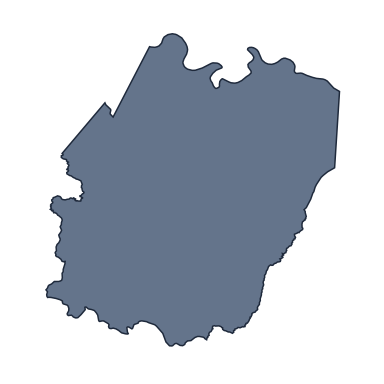 the district of Obando, Valle del Cauca, Colombia, rotated 96°
{"feature_id": "7082276B70785210683383", "entity_name": "Obando", "entity_type": "district", "adm_level": 2, "iso_a3": "COL", "parent_name": "Colombia", "parent_adm1": "Valle del Cauca", "projection": "natural_earth1", "projection_center": [-75.925, 4.598], "detail": "fine", "context": "isolated", "style": "filled", "palette": "slate", "viewbox_px": 384, "rotation_deg": 96, "n_neighbors": 0, "source": "geoboundaries", "source_scale": "gbopen_adm2", "svg_char_len": 5987}
<svg xmlns="http://www.w3.org/2000/svg" viewBox="0 0 384 384"><g transform="rotate(96 192 192)"><path d="M334.4,237.5L334.0,236.9L330.2,235.9L329.7,235.5L328.1,231.9L327.1,231.7L326.1,230.7L325.4,228.6L325.7,223.6L326.5,221.4L327.9,215.2L329.1,213.3L335.6,206.3L343.9,202.2L347.3,198.3L347.2,195.9L346.8,195.1L344.8,193.4L344.2,192.0L344.4,190.9L345.8,187.8L345.8,185.2L344.4,183.3L342.7,182.9L340.6,180.9L339.9,177.5L336.4,173.9L335.1,171.4L334.9,169.4L335.2,165.7L335.6,164.7L336.5,163.9L337.4,162.0L335.5,161.8L335.0,161.1L334.0,161.3L332.8,160.0L331.3,160.5L329.7,159.9L328.8,158.5L327.0,157.7L326.2,157.7L325.8,156.9L324.9,157.5L323.8,157.5L323.3,157.3L322.8,156.3L322.6,155.7L322.9,154.7L322.3,151.2L322.9,149.0L323.8,148.0L323.8,147.4L325.4,147.1L326.4,145.5L326.5,143.9L327.4,141.4L327.3,139.8L328.3,137.0L327.0,135.8L325.8,136.2L325.3,135.9L325.0,135.0L323.8,135.0L323.1,133.2L321.9,132.1L322.0,129.9L320.6,127.5L320.8,126.9L320.3,125.2L319.8,125.2L319.1,125.6L318.2,124.6L317.3,124.7L316.8,124.3L316.6,123.2L314.1,121.9L312.4,121.5L311.4,120.9L310.9,121.2L310.3,121.1L310.1,120.3L307.7,119.5L307.2,119.8L306.6,119.7L305.5,118.4L304.9,116.7L303.4,115.8L302.4,114.7L301.7,114.4L300.5,114.9L299.0,114.6L296.8,113.2L295.0,113.4L292.8,112.7L291.1,113.0L287.2,112.2L285.2,112.4L284.1,111.9L282.6,112.2L281.5,112.0L280.9,111.5L279.9,111.9L276.9,111.0L274.6,111.8L272.8,111.6L272.0,111.0L271.0,111.3L269.4,110.8L267.3,111.1L265.7,110.1L262.6,109.7L261.5,108.9L258.1,108.1L256.3,106.3L256.6,104.9L256.3,103.8L254.5,102.6L254.1,101.2L252.7,99.8L252.4,98.2L251.8,96.9L250.4,96.7L249.3,97.6L248.8,96.3L247.6,94.8L247.0,95.1L246.5,96.0L245.2,94.5L244.6,95.4L243.7,95.7L244.0,94.3L243.0,93.4L242.5,92.3L241.2,92.2L240.3,91.7L239.9,92.1L238.2,92.0L237.6,91.0L235.6,89.5L235.1,87.9L234.7,87.7L233.3,87.1L232.5,87.6L231.5,86.7L230.3,87.0L229.5,86.5L229.2,85.8L228.3,85.8L227.7,84.6L227.2,84.8L226.2,84.3L225.1,85.3L223.3,85.7L221.9,83.1L221.2,82.5L221.2,81.3L220.6,81.1L219.2,79.9L217.8,78.1L216.5,78.0L215.8,78.8L212.5,79.3L210.1,79.0L209.2,77.9L208.5,77.6L208.1,76.7L207.5,76.8L207.0,76.3L206.4,76.4L206.1,76.0L205.6,76.2L204.4,75.8L200.8,77.2L199.5,77.4L197.9,78.7L195.6,76.7L186.8,73.2L180.4,71.7L179.0,70.9L174.5,70.1L171.5,69.0L163.9,65.1L161.8,63.3L157.7,59.2L153.0,52.7L76.6,55.8L73.8,62.0L67.5,69.1L66.4,71.6L66.0,73.7L66.0,80.1L65.4,84.1L64.1,89.9L62.5,94.7L62.4,96.4L63.1,100.1L63.0,101.2L61.8,102.6L60.7,102.9L56.7,102.7L55.0,103.2L52.4,105.1L50.4,108.2L49.2,113.1L49.4,114.8L50.4,116.8L53.8,120.3L55.6,123.1L56.7,126.0L56.8,129.7L55.9,132.7L53.8,135.8L52.9,136.6L45.5,140.7L43.8,142.3L42.7,144.3L42.1,146.0L41.9,148.0L42.3,150.1L43.4,151.5L44.7,151.6L49.0,146.4L51.1,144.8L52.0,144.6L54.1,145.1L56.1,146.7L57.4,148.4L59.3,149.7L61.9,149.1L65.2,146.2L66.3,145.7L67.5,145.7L69.8,147.6L71.7,150.0L76.0,154.2L78.3,157.8L79.0,159.8L79.3,161.1L79.3,164.6L78.8,166.5L76.2,173.5L76.3,173.9L77.5,175.0L79.2,175.9L81.9,176.0L83.8,175.7L85.0,176.2L86.3,178.2L86.5,179.3L85.7,180.5L84.2,181.8L81.3,183.3L79.3,185.0L77.0,185.9L75.5,185.7L71.9,183.8L68.3,180.6L65.5,175.4L64.6,175.1L63.3,176.1L61.6,178.8L61.2,180.6L61.4,184.7L62.1,186.3L67.6,194.7L70.6,201.5L71.0,204.5L70.3,209.3L68.9,211.8L67.7,213.0L65.0,214.4L63.7,214.6L60.5,213.9L55.5,211.8L52.3,211.3L50.7,211.3L48.0,212.1L44.8,213.9L39.8,218.3L37.3,223.4L36.9,224.8L36.7,228.1L38.0,232.4L40.7,235.8L42.7,236.8L47.1,237.8L50.1,240.0L51.2,241.8L52.0,244.0L52.1,248.0L51.9,249.4L125.7,278.3L123.1,281.4L122.2,281.7L119.3,281.3L118.3,281.6L114.3,286.8L112.4,287.9L167.2,325.2L167.8,324.3L168.5,324.1L169.0,324.4L169.5,325.7L171.3,325.6L172.5,323.5L172.8,320.4L173.1,320.1L174.3,320.0L175.2,318.1L175.9,318.9L176.6,319.0L177.0,318.7L177.6,317.6L178.7,317.2L180.2,318.0L181.2,317.6L182.5,318.9L183.0,318.5L183.1,317.3L183.8,317.0L184.6,317.4L185.7,318.6L187.0,318.3L188.4,315.4L188.6,313.7L190.0,311.5L190.4,309.9L191.2,308.6L191.4,306.8L192.5,303.7L196.0,301.9L197.1,302.5L199.2,302.5L199.8,301.7L201.2,301.5L202.7,300.8L203.2,299.7L203.8,299.4L204.8,299.8L205.4,300.9L207.0,301.9L207.6,303.1L208.2,302.9L208.2,302.1L208.6,301.7L209.0,300.4L209.3,300.5L209.2,301.6L209.8,300.6L210.5,301.5L211.4,301.7L212.3,301.5L212.6,301.7L212.9,304.6L212.6,305.3L213.0,306.1L212.7,307.1L212.1,306.9L211.8,307.7L211.0,307.3L210.8,308.5L210.3,308.7L210.2,309.1L211.1,309.7L210.7,311.0L210.7,312.4L211.9,313.5L212.3,315.4L213.1,317.3L213.0,319.9L212.4,321.0L211.1,321.8L210.3,322.9L209.9,325.3L211.5,327.9L212.1,329.4L213.4,329.6L214.5,330.7L215.5,330.5L216.6,329.4L217.5,329.5L218.8,330.8L219.8,331.3L220.5,330.5L221.4,331.1L222.9,330.1L224.0,331.1L224.4,330.1L225.1,329.7L224.7,329.2L224.8,328.3L225.5,328.6L226.2,327.8L227.1,327.4L226.7,326.3L227.1,326.0L227.4,324.5L229.1,323.1L229.3,322.3L231.5,319.1L233.4,318.1L236.3,318.7L237.9,318.5L240.4,319.5L243.6,317.7L245.4,318.2L248.7,320.0L250.8,319.2L252.2,318.3L253.5,318.1L256.3,319.1L258.3,320.7L260.9,321.4L264.7,320.7L266.3,321.7L266.9,321.7L268.3,320.8L269.5,320.9L270.3,320.1L270.8,318.1L272.6,315.3L274.5,314.0L274.8,312.3L274.2,311.0L274.5,310.8L275.3,311.1L276.3,310.8L282.4,312.0L284.7,311.8L286.4,312.7L290.9,312.0L293.2,312.3L294.1,313.3L294.9,315.1L295.4,319.6L298.1,322.0L299.6,324.5L300.4,325.1L302.9,325.8L304.6,327.0L306.3,325.3L309.3,325.8L311.1,325.3L312.0,324.5L311.7,323.6L311.6,321.1L312.1,316.0L313.0,311.6L314.0,309.5L315.7,309.2L316.7,308.4L317.5,304.4L318.3,303.4L320.7,302.3L323.0,302.2L326.0,303.4L327.1,303.1L327.8,302.1L327.1,299.0L327.9,297.7L328.6,297.1L329.2,295.4L329.4,294.3L328.9,292.4L325.5,289.5L320.2,285.9L317.9,286.5L317.6,286.3L317.5,285.2L319.1,282.9L319.4,279.6L320.1,276.7L322.1,274.6L324.3,272.9L329.5,271.4L330.2,270.9L330.4,270.3L329.6,267.9L329.5,266.3L331.7,261.5L332.6,260.7L334.7,260.9L335.9,260.2L336.3,259.4L336.3,258.1L335.6,256.2L336.1,253.2L337.4,250.4L339.4,247.3L340.0,243.5L340.0,242.0L339.9,240.9L339.4,240.6L338.3,241.5L334.6,242.4L333.6,242.6L333.0,242.2L332.8,241.0L334.4,237.5Z" fill="#64748b" stroke="#1e293b" stroke-width="1.5"/></g></svg>